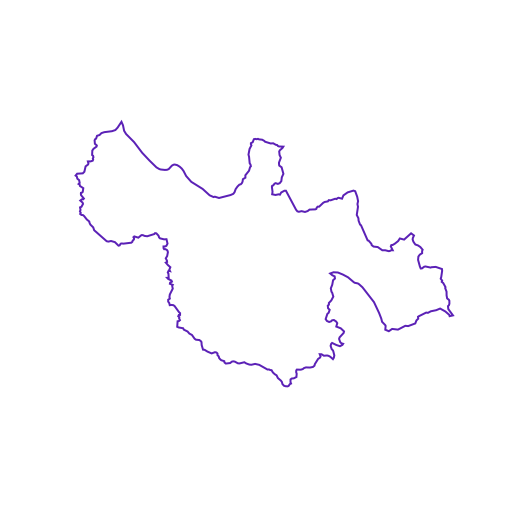 Porto Nacional, Tocantins, Brazil, rotated 302°
{"feature_id": "56859067B7775262442491", "entity_name": "Porto Nacional", "entity_type": "district", "adm_level": 2, "iso_a3": "BRA", "parent_name": "Brazil", "parent_adm1": "Tocantins", "projection": "natural_earth1", "projection_center": [-48.464, -10.549], "detail": "fine", "context": "isolated", "style": "outline", "palette": "violet", "viewbox_px": 512, "rotation_deg": 302, "n_neighbors": 0, "source": "geoboundaries", "source_scale": "gbopen_adm2", "svg_char_len": 6099}
<svg xmlns="http://www.w3.org/2000/svg" viewBox="0 0 512 512"><g transform="rotate(302 256 256)"><path d="M267.0,397.8L265.9,402.2L265.4,403.0L262.0,404.7L262.6,408.5L266.3,410.1L268.8,415.4L275.9,419.6L277.2,422.2L283.2,426.8L286.4,426.2L288.8,426.8L290.3,425.6L291.2,426.0L298.2,430.3L298.9,431.9L301.8,433.6L305.5,437.5L309.0,440.0L309.3,445.9L308.5,451.1L307.6,452.1L310.0,454.5L312.9,447.2L315.2,445.4L316.5,445.7L318.0,445.3L320.5,443.7L321.1,442.7L321.3,440.6L323.6,438.5L326.7,436.5L329.1,433.4L330.0,433.2L332.3,429.1L332.5,427.2L333.8,426.9L334.6,424.7L336.4,424.2L342.1,421.7L343.5,420.6L342.0,414.2L339.5,410.8L338.7,410.2L336.9,405.2L336.0,404.3L333.4,403.3L332.7,402.3L333.9,400.6L338.6,395.5L341.6,394.0L344.0,394.2L346.4,395.4L348.3,394.2L349.6,394.0L350.7,390.6L350.8,387.7L350.2,385.1L350.6,384.0L351.6,381.8L353.0,380.1L354.3,379.5L357.1,379.1L357.4,375.5L348.4,372.9L347.1,368.7L343.9,368.6L340.0,367.2L337.7,366.0L337.0,365.0L335.6,365.2L333.3,368.9L332.4,367.5L331.1,366.8L330.4,365.9L329.4,362.7L327.8,360.1L328.1,354.5L326.3,350.7L326.5,348.4L327.5,347.3L328.3,344.7L328.7,343.4L328.4,342.4L337.7,328.8L337.8,327.6L340.3,324.3L342.3,322.8L344.2,319.7L351.8,316.4L353.8,314.5L356.6,313.5L359.9,310.4L363.5,305.8L363.1,304.0L358.5,300.0L353.7,298.0L350.2,298.6L349.1,295.1L348.1,294.4L347.0,294.2L346.5,292.8L342.8,289.8L341.9,288.1L340.4,288.0L338.2,285.6L336.7,284.8L331.3,283.4L330.5,282.1L329.0,281.9L327.9,282.2L327.0,281.6L323.7,276.8L321.5,276.0L319.3,274.2L318.2,270.9L316.2,268.9L315.8,267.4L316.5,265.4L327.2,246.8L326.4,245.5L323.2,243.7L320.7,243.8L320.3,242.5L318.1,240.2L316.9,237.0L319.2,236.0L323.1,232.8L324.1,232.5L325.0,233.2L327.2,233.4L328.2,234.1L328.7,236.3L330.3,237.5L332.9,237.8L336.4,236.2L340.2,235.7L344.8,230.7L345.0,227.8L346.3,226.7L347.4,226.0L352.5,225.0L354.1,222.5L356.9,220.3L358.3,220.2L361.6,221.2L363.2,221.2L361.1,217.5L360.9,216.3L361.3,215.2L360.8,213.8L360.7,210.9L359.2,208.8L357.7,203.1L358.0,202.1L357.9,199.6L356.5,196.7L356.4,195.6L355.4,194.7L354.9,193.3L353.9,192.3L350.7,192.9L349.0,191.9L348.1,192.4L347.4,193.5L343.4,193.8L338.0,195.9L336.5,197.5L331.3,201.5L330.6,202.9L329.4,204.1L328.2,203.9L324.6,204.9L318.8,204.2L316.8,205.5L314.2,204.2L311.9,205.2L310.2,205.4L308.8,205.1L307.7,204.1L305.2,203.5L301.9,203.3L298.7,204.0L296.7,203.8L294.2,202.1L285.6,193.9L284.5,189.7L283.5,188.8L282.9,184.5L284.6,175.2L284.6,161.8L286.8,154.4L289.7,149.5L290.8,146.7L291.3,144.0L291.3,141.0L290.5,138.6L289.7,137.7L288.1,136.8L283.4,135.9L281.9,134.8L280.7,133.1L278.9,129.4L278.5,128.0L278.4,124.6L280.5,115.1L283.2,104.8L288.0,92.2L290.6,81.2L292.3,77.8L296.3,74.0L298.5,70.8L291.5,70.6L288.3,70.0L285.5,67.7L280.6,61.7L278.3,59.8L275.7,59.2L273.7,57.5L270.8,58.2L269.9,57.7L268.6,57.8L265.8,59.9L265.4,62.4L264.3,62.8L260.8,61.4L258.7,61.3L254.8,63.5L254.6,64.8L253.6,65.8L252.3,65.9L251.5,66.8L250.3,67.0L248.6,65.6L247.1,63.3L245.6,64.9L244.6,65.1L241.7,64.0L236.5,65.8L234.3,65.3L231.0,60.7L228.6,60.4L228.5,61.9L226.9,63.5L226.6,65.8L224.6,67.7L223.1,67.4L223.2,68.5L222.1,69.6L222.0,73.6L218.5,75.1L217.5,74.8L216.8,74.1L215.8,74.6L214.9,75.4L213.5,79.6L212.5,79.4L211.8,78.3L209.9,77.6L209.4,80.6L208.5,81.7L205.2,81.9L204.0,81.0L202.0,82.8L200.6,83.0L199.7,84.5L198.5,84.6L198.3,86.2L199.0,87.6L198.8,89.0L197.3,93.2L196.9,96.3L196.1,97.0L194.9,98.8L194.0,102.8L192.1,105.1L189.4,121.5L190.0,123.2L191.9,125.1L193.0,129.0L191.9,133.9L192.7,134.7L194.7,134.7L195.5,135.5L196.2,137.0L201.2,143.2L202.4,143.6L203.7,143.3L205.3,143.7L206.3,143.3L207.0,142.1L208.1,142.4L209.2,146.5L213.0,147.8L213.7,148.9L214.0,150.9L215.1,153.3L220.7,158.1L221.9,158.3L222.4,159.5L221.6,162.5L220.4,164.0L220.1,165.2L221.4,169.2L222.8,171.2L219.6,174.4L217.1,174.6L216.0,173.9L215.1,172.5L213.7,173.4L213.1,174.5L213.8,175.5L213.9,177.3L213.4,178.4L212.5,179.3L208.8,180.7L206.2,180.7L204.9,182.9L203.8,183.8L202.6,183.0L201.6,186.2L201.1,189.3L198.4,189.8L197.6,191.1L197.1,189.7L195.3,189.9L194.5,191.2L191.2,193.5L190.4,192.3L190.0,193.8L190.4,197.3L189.7,198.3L187.9,197.3L186.8,197.7L187.4,200.7L186.3,200.7L184.2,202.7L177.7,203.3L175.4,204.3L174.2,205.5L172.4,204.7L170.8,205.7L170.1,207.4L168.6,208.9L169.8,210.4L170.5,212.0L170.4,213.5L167.6,220.4L167.3,221.9L165.8,222.8L165.1,221.8L163.7,222.0L163.5,223.4L162.4,223.8L161.3,225.5L160.0,225.1L159.1,224.1L154.2,226.7L154.4,228.2L156.1,232.5L155.3,233.8L155.7,238.0L154.9,240.6L155.1,243.5L153.3,247.8L153.2,249.4L154.7,252.5L154.6,254.2L154.1,255.4L151.7,257.1L148.5,260.7L149.2,262.1L149.2,265.5L149.9,270.0L152.7,272.2L153.2,273.6L152.9,275.0L151.5,275.9L151.1,277.6L150.0,278.7L149.5,280.1L149.2,281.7L150.0,284.8L149.0,285.7L148.8,287.4L151.5,290.8L153.6,291.5L154.6,292.5L155.2,294.0L155.4,297.5L156.1,298.9L159.7,302.4L159.7,304.6L160.4,307.9L161.3,309.7L164.0,312.4L165.4,316.4L165.8,325.9L166.7,327.2L166.8,328.5L167.4,329.7L166.2,332.0L165.7,334.5L165.7,336.7L164.1,339.2L163.5,343.2L162.9,344.7L161.4,346.3L160.8,348.5L161.2,350.0L162.2,351.9L163.1,352.5L165.3,352.6L166.4,353.3L167.3,352.1L169.6,350.7L171.0,351.2L172.3,352.9L174.8,354.4L177.7,352.9L178.8,351.6L180.3,350.8L181.3,350.8L183.3,354.2L184.9,355.6L186.4,356.1L188.0,357.4L190.0,360.9L192.1,363.1L194.0,363.7L195.5,363.2L201.6,363.2L203.7,364.1L205.0,364.0L206.5,362.1L207.4,363.7L207.4,366.4L209.3,369.0L209.8,370.5L209.9,372.4L209.3,375.9L211.0,375.9L213.2,375.1L216.0,372.2L216.7,371.3L217.1,369.6L219.3,366.9L221.4,366.3L222.6,366.6L223.1,371.3L224.0,375.0L226.4,376.4L227.7,376.4L227.2,374.7L227.6,373.0L229.7,370.4L231.3,370.0L237.2,371.1L238.7,370.6L239.6,366.2L238.7,361.5L242.1,360.5L242.9,358.7L243.0,356.0L241.8,354.6L240.4,354.3L238.8,353.0L238.5,350.6L239.4,348.5L244.7,347.2L246.4,347.7L249.4,347.0L249.9,344.8L251.9,343.2L253.4,343.6L254.8,342.7L258.1,343.4L262.5,343.1L265.2,340.1L265.7,338.9L268.2,336.6L272.0,335.9L276.3,334.2L278.7,334.9L280.4,333.5L280.1,330.9L280.5,328.2L283.3,330.4L285.4,334.2L286.3,339.5L286.7,345.3L285.6,352.8L285.6,353.9L286.7,356.9L286.7,358.2L285.9,362.8L279.4,380.5L272.9,390.6L269.3,395.4L267.0,397.8Z" fill="none" stroke="#5b21b6" stroke-width="2"/></g></svg>